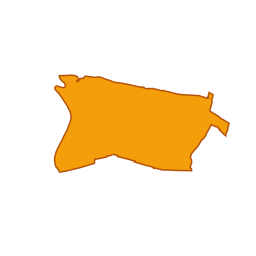 Fauresti, Vâlcea, Romania (Albers equal-area conic projection), rotated 33°
{"feature_id": "2599482B59878510714092", "entity_name": "Fauresti", "entity_type": "district", "adm_level": 2, "iso_a3": "ROU", "parent_name": "Romania", "parent_adm1": "Vâlcea", "projection": "albers", "projection_center": [24.027, 44.573], "detail": "fine", "context": "isolated", "style": "filled", "palette": "amber", "viewbox_px": 256, "rotation_deg": 33, "n_neighbors": 0, "source": "geoboundaries", "source_scale": "gbopen_adm2", "svg_char_len": 5535}
<svg xmlns="http://www.w3.org/2000/svg" viewBox="0 0 256 256"><g transform="rotate(33 128 128)"><path d="M204.6,129.2L204.0,128.3L203.7,127.9L202.1,127.3L201.9,127.0L201.3,126.6L200.9,126.3L200.9,126.1L201.0,125.4L200.9,124.5L200.6,123.4L200.4,122.9L200.2,122.5L199.9,121.8L199.3,121.1L198.5,120.2L198.1,119.9L197.6,119.4L196.6,118.9L196.3,118.7L196.1,118.4L196.0,117.7L195.6,116.6L195.5,116.1L195.4,115.9L195.4,115.7L195.4,115.3L195.3,115.0L195.3,114.9L195.4,114.6L195.4,114.3L195.4,114.1L195.2,113.8L195.4,113.0L195.5,112.1L195.5,111.7L195.6,111.2L195.8,110.4L195.8,110.0L196.0,109.7L195.9,109.5L195.9,109.3L195.9,109.0L196.1,108.5L196.1,107.9L196.3,106.9L196.4,106.3L196.5,106.0L196.4,105.7L196.5,105.1L196.5,104.7L196.5,104.1L196.4,103.6L196.5,103.0L196.5,102.5L196.5,102.0L196.4,101.3L196.4,99.5L196.3,98.5L196.5,97.8L197.0,96.1L197.1,95.8L197.2,95.2L197.1,94.8L197.0,94.6L197.3,92.9L197.3,92.3L196.8,90.2L196.7,90.0L196.6,89.8L196.8,89.6L196.1,79.8L196.7,79.8L197.8,79.5L198.2,79.6L199.0,79.5L199.5,79.3L200.6,78.8L200.7,79.1L200.9,79.1L201.0,79.1L201.1,78.8L201.3,78.7L201.8,78.6L202.6,78.6L202.8,78.8L203.0,78.8L203.5,78.7L203.8,78.8L204.5,78.9L205.1,79.0L205.3,79.0L205.5,79.1L205.6,79.4L205.4,79.5L205.5,79.6L205.6,79.9L206.6,79.9L214.1,81.4L214.0,81.2L213.8,80.4L213.5,79.9L213.1,79.1L213.0,78.5L213.0,77.7L213.0,77.2L212.8,76.5L212.7,75.7L212.6,75.0L212.4,74.7L211.9,74.1L211.6,73.4L211.4,72.7L211.1,71.5L211.0,71.2L210.7,70.8L210.5,70.4L210.3,69.1L202.6,69.2L202.3,69.2L201.8,69.4L201.4,69.4L200.3,69.4L199.9,69.3L199.7,69.2L197.4,69.0L196.0,69.1L194.7,69.0L193.2,69.0L191.8,69.2L187.2,69.1L186.4,66.6L185.6,64.1L185.4,63.6L184.5,60.7L184.2,60.1L183.4,59.3L182.9,58.7L182.7,58.1L182.5,57.0L182.2,56.0L181.5,54.3L181.4,53.8L176.8,54.1L177.1,54.4L177.2,54.9L177.2,55.1L177.2,55.5L177.3,56.0L177.3,56.4L177.5,56.6L177.6,56.8L177.7,57.0L177.8,57.2L177.9,57.3L178.1,57.5L178.4,57.8L178.4,58.0L178.0,58.2L177.9,58.3L177.9,58.5L178.0,58.7L178.1,58.8L178.3,58.9L178.5,59.0L179.0,59.5L177.1,60.2L170.0,62.2L169.1,62.7L167.9,63.4L166.8,64.0L165.1,64.9L164.0,65.6L162.7,66.3L160.6,67.5L155.1,70.6L153.1,71.6L151.8,72.2L150.9,72.7L149.0,73.3L147.0,74.0L144.9,74.7L142.3,75.6L139.8,76.5L138.9,76.8L138.5,76.8L137.8,77.0L137.1,77.3L136.8,77.4L136.6,77.6L136.3,78.0L136.0,78.2L135.4,78.6L134.6,79.0L134.1,79.1L132.8,79.4L132.1,79.6L131.2,80.0L130.7,80.2L129.8,80.5L128.5,81.0L128.2,81.2L128.0,81.3L127.3,81.3L127.1,81.4L126.4,82.0L125.6,82.6L125.0,83.0L124.3,83.3L123.6,83.8L122.8,84.5L122.0,85.0L121.6,85.3L121.1,85.4L120.2,85.3L119.4,85.3L118.2,85.5L118.4,86.0L118.2,86.2L116.6,86.7L116.0,86.9L116.0,87.0L112.8,88.3L108.9,89.7L107.3,90.2L105.9,90.8L100.0,93.1L97.0,94.5L95.8,95.1L91.9,96.9L88.4,97.8L88.2,97.8L86.5,98.2L84.8,98.6L82.1,99.4L79.5,99.8L78.0,100.3L76.2,100.8L75.6,101.0L75.3,101.2L75.0,101.6L74.6,102.0L74.3,102.2L73.9,102.6L73.5,102.9L73.1,103.3L72.6,103.6L72.1,103.8L71.4,104.1L70.3,104.6L69.4,105.1L68.3,105.7L66.4,106.6L64.7,107.4L64.0,107.9L63.9,108.1L63.7,108.3L63.6,108.6L63.6,108.8L63.6,109.1L63.5,109.3L63.5,109.6L63.6,109.8L63.6,110.1L63.6,110.9L62.2,111.5L61.7,111.9L60.7,112.8L60.8,112.9L61.1,113.6L61.1,114.3L60.9,115.1L60.5,115.8L60.3,116.6L59.6,116.7L59.7,116.4L59.8,115.9L59.9,115.4L59.8,115.0L59.8,114.7L59.6,114.2L59.4,113.8L59.2,113.6L58.9,113.4L58.5,113.1L58.0,112.9L57.6,112.7L57.2,112.7L56.7,112.7L56.0,112.7L55.5,112.8L54.9,113.0L53.6,113.6L52.4,114.2L51.7,114.6L51.1,114.9L50.6,115.3L50.1,115.7L49.6,116.2L41.9,121.5L43.3,123.2L45.0,123.9L46.9,124.5L49.0,124.7L50.5,125.1L52.1,126.1L52.7,127.0L52.6,128.5L51.8,129.4L50.3,130.0L47.9,130.8L46.6,131.1L45.2,131.6L44.7,132.4L44.5,133.2L44.9,134.3L46.5,135.6L50.8,136.6L54.9,138.1L60.7,140.6L64.6,142.4L66.1,143.2L66.6,143.5L67.7,144.3L69.4,145.0L71.4,146.6L73.2,148.4L73.8,149.0L74.0,149.3L74.4,149.9L74.7,150.4L75.3,151.4L75.4,151.9L75.8,153.3L76.0,153.9L76.7,156.7L77.0,158.3L78.0,162.7L78.5,167.8L78.7,170.8L79.4,174.6L79.5,177.6L79.9,181.2L80.6,186.4L81.2,188.5L82.3,192.2L84.3,195.5L86.0,197.3L87.6,198.9L89.0,199.9L91.9,200.7L93.9,201.9L94.9,202.2L95.3,201.7L96.0,201.0L97.0,200.1L97.6,199.5L98.5,198.8L99.4,198.0L100.3,197.0L101.0,196.2L104.1,193.0L105.1,191.9L105.7,191.3L106.7,190.2L109.0,187.8L110.1,186.5L111.1,185.4L112.7,183.5L114.0,182.0L117.2,178.1L118.1,177.0L118.5,176.5L118.8,176.1L119.0,176.0L119.0,175.9L119.0,175.7L117.1,172.4L118.3,171.4L118.7,171.0L120.2,169.6L123.6,166.2L125.9,164.0L125.8,163.7L125.8,163.3L125.6,162.7L126.1,162.4L126.6,162.1L126.8,162.0L127.2,161.8L128.1,160.8L128.4,160.4L129.4,158.8L129.6,158.5L130.1,158.2L130.6,158.0L131.2,157.8L131.3,157.8L131.4,157.6L131.5,157.6L132.9,157.0L134.5,156.8L134.7,157.1L134.8,157.6L136.4,157.0L138.8,156.2L139.8,155.9L142.2,155.1L146.9,153.5L148.0,153.2L148.9,153.0L150.3,152.5L151.9,151.9L152.0,152.4L152.1,152.6L152.0,152.9L154.8,152.2L157.5,151.3L161.5,150.2L163.7,149.5L165.5,148.8L165.5,148.7L167.4,148.2L168.1,147.9L168.8,147.7L169.0,147.6L169.7,147.6L170.1,147.5L170.6,147.3L170.9,147.2L171.0,147.2L171.1,147.3L171.1,147.6L171.2,147.8L171.3,147.9L171.6,147.8L171.7,147.7L171.7,147.4L171.8,147.4L172.2,147.4L172.3,147.4L172.5,147.2L172.8,147.1L172.9,146.9L172.9,146.7L173.0,146.6L173.3,146.5L173.5,146.4L174.5,146.3L174.7,146.2L175.2,145.9L175.5,145.8L176.0,145.6L176.5,145.4L178.2,145.0L178.5,144.9L179.1,144.6L179.6,144.4L180.0,144.2L181.8,143.0L182.5,142.7L182.8,142.5L183.5,142.1L184.1,141.6L185.7,140.7L186.8,140.0L189.7,138.4L194.4,135.6L196.2,134.4L202.0,130.8L203.6,129.7L203.8,129.7L204.6,129.2Z" fill="#f59e0b" stroke="#b45309" stroke-width="1.5"/></g></svg>